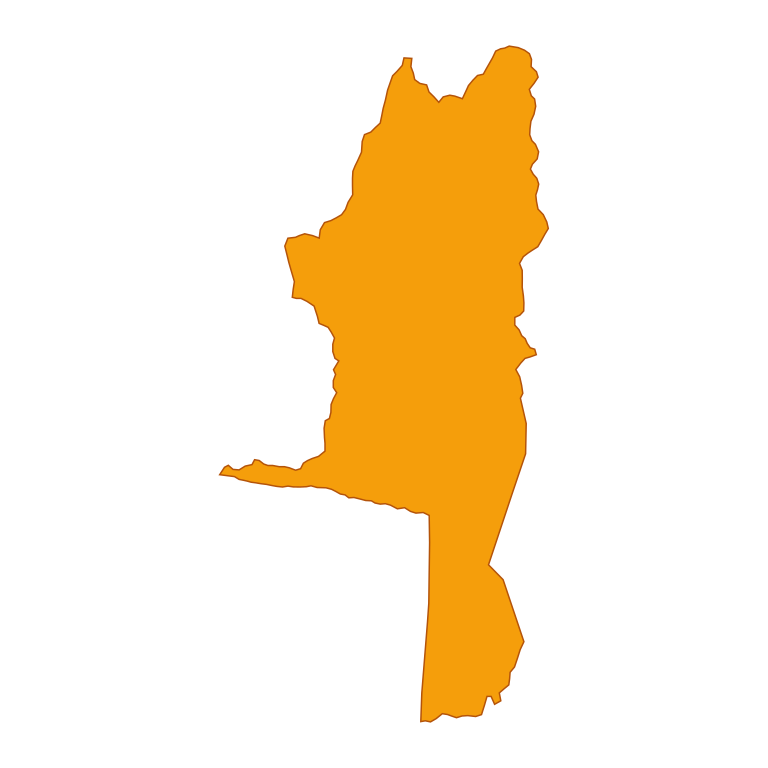 the district of São João do Rio do Peixe, Paraíba, Brazil
{"feature_id": "56859067B54672156861025", "entity_name": "São João do Rio do Peixe", "entity_type": "district", "adm_level": 2, "iso_a3": "BRA", "parent_name": "Brazil", "parent_adm1": "Paraíba", "projection": "equal_earth", "projection_center": [-38.435, -6.751], "detail": "fine", "context": "isolated", "style": "filled", "palette": "amber", "viewbox_px": 768, "rotation_deg": 0, "n_neighbors": 0, "source": "geoboundaries", "source_scale": "gbopen_adm2", "svg_char_len": 3126}
<svg xmlns="http://www.w3.org/2000/svg" viewBox="0 0 768 768"><path d="M538.1,77.2L536.4,71.7L531.1,66.7L531.5,59.4L529.4,53.7L524.5,50.2L518.2,47.6L509.2,46.1L504.7,48.1L500.6,48.8L495.7,51.1L492.5,57.9L489.2,63.7L486.0,69.3L483.3,74.2L477.5,75.5L473.1,80.0L468.5,85.5L466.5,89.9L462.4,98.7L454.8,96.1L449.8,95.2L443.2,96.9L438.8,102.3L433.8,96.7L429.0,92.0L426.6,84.9L419.8,83.4L414.7,79.6L413.3,73.1L410.9,66.7L411.8,58.4L404.0,57.9L402.3,65.4L397.0,71.4L392.6,75.8L390.0,83.2L387.6,90.1L385.4,100.2L383.2,108.3L381.7,116.0L380.2,123.1L375.4,127.5L370.8,132.1L364.5,134.6L362.2,141.5L361.5,152.2L357.7,160.6L355.1,165.9L352.9,171.3L352.5,178.3L352.5,185.6L352.7,194.8L348.1,202.3L345.5,209.4L341.6,214.7L336.1,217.9L330.9,220.6L324.5,222.6L320.3,229.7L319.2,238.1L312.6,235.6L304.7,233.8L299.3,235.6L295.5,237.3L287.9,238.2L284.8,246.1L287.0,254.9L288.8,262.3L291.2,270.7L294.4,281.6L293.2,289.3L292.3,297.3L296.4,298.4L301.0,298.4L306.9,301.3L314.1,306.1L317.4,316.3L319.1,323.4L323.9,325.4L328.1,327.3L331.1,331.9L334.5,338.0L332.8,344.2L332.8,351.6L335.0,358.4L338.8,360.9L333.5,369.7L335.6,374.5L333.3,380.6L333.3,387.5L336.7,392.7L333.5,398.6L331.1,404.5L330.9,412.4L329.4,418.5L325.3,420.7L324.1,428.2L324.5,437.7L325.0,443.2L325.0,451.1L318.5,456.4L312.2,458.5L307.5,460.6L303.4,463.2L300.6,468.7L295.6,470.2L289.3,467.8L284.5,466.7L279.2,466.7L272.7,465.5L267.9,465.5L263.7,464.0L259.2,460.5L254.6,459.7L252.0,464.6L245.2,466.1L239.1,469.9L233.0,469.4L228.3,465.3L224.5,467.3L219.7,474.7L226.7,475.6L234.5,476.6L239.1,479.4L243.2,480.2L247.2,481.1L251.1,482.2L255.7,482.8L260.9,483.7L266.6,484.4L271.8,485.5L276.8,486.4L282.5,487.0L288.0,486.1L293.2,486.9L300.0,487.0L306.4,486.7L311.0,485.8L317.1,487.5L326.0,487.8L331.6,489.3L335.7,491.4L340.3,494.0L345.1,494.9L348.8,497.8L354.0,497.5L361.2,499.3L365.7,500.5L371.4,500.8L375.0,503.0L380.2,504.1L385.4,503.7L390.4,505.1L397.4,508.8L404.6,507.7L410.5,511.4L415.9,513.1L423.2,512.5L429.2,515.4L429.6,542.7L429.2,572.4L428.8,603.3L427.5,622.0L421.8,693.1L420.8,721.6L425.3,720.8L430.5,721.9L436.2,718.6L442.3,713.7L447.5,714.5L451.5,716.0L456.5,717.7L462.0,716.0L467.8,715.6L475.7,716.5L481.5,714.6L484.4,705.4L487.0,696.4L491.1,696.4L494.6,704.3L500.8,700.8L499.3,692.9L504.3,688.6L508.8,684.9L509.6,678.8L510.1,672.3L514.5,667.0L517.4,658.4L520.2,649.6L523.9,641.7L503.1,579.7L488.5,564.8L512.1,493.8L525.6,453.8L526.2,423.5L520.4,398.2L522.8,393.3L521.6,385.3L519.7,376.8L515.8,369.5L520.8,363.0L525.0,358.4L530.2,356.9L536.3,354.7L534.7,349.2L530.2,347.8L527.2,343.4L525.2,338.7L521.7,335.7L519.1,329.9L514.8,325.1L514.8,317.4L519.9,315.1L523.7,311.0L523.9,302.9L523.4,296.0L522.2,287.3L522.3,279.0L522.2,270.3L519.5,263.4L523.3,256.7L527.8,253.2L531.8,250.5L537.8,246.7L541.4,240.5L544.8,234.3L548.3,228.5L546.8,222.0L543.3,214.7L538.0,209.1L536.5,201.5L535.8,195.1L537.5,189.7L538.7,184.1L536.8,178.3L533.2,174.2L530.4,169.1L532.4,164.2L537.2,158.9L538.6,151.8L535.4,144.3L531.9,140.7L529.7,134.8L530.0,128.7L530.9,121.3L534.0,114.2L535.7,106.3L534.6,99.0L531.3,95.8L529.3,89.3L534.0,83.4L538.1,77.2Z" fill="#f59e0b" stroke="#b45309" stroke-width="1.5"/></svg>